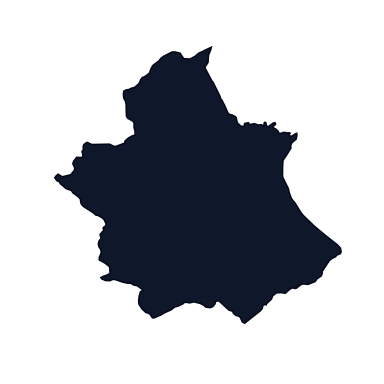 outline of Kindia, Kindia, Guinea, rotated 255°
{"feature_id": "49546643B82751767083924", "entity_name": "Kindia", "entity_type": "district", "adm_level": 2, "iso_a3": "GIN", "parent_name": "Guinea", "parent_adm1": "Kindia", "projection": "orthographic", "projection_center": [-12.699, 10.108], "detail": "fine", "context": "isolated", "style": "filled", "palette": "ink", "viewbox_px": 384, "rotation_deg": 255, "n_neighbors": 0, "source": "geoboundaries", "source_scale": "gbopen_adm2", "svg_char_len": 3378}
<svg xmlns="http://www.w3.org/2000/svg" viewBox="0 0 384 384"><g transform="rotate(255 192 192)"><path d="M94.1,319.4L95.5,320.5L99.3,320.9L103.5,318.7L115.2,309.9L127.6,301.2L140.4,293.5L144.0,291.9L154.9,288.6L159.5,286.5L165.1,285.8L170.8,285.9L181.9,283.6L184.0,283.6L193.7,286.3L199.0,288.1L202.7,292.4L208.7,298.8L211.8,299.6L213.6,301.1L216.2,306.4L219.8,308.1L221.6,308.4L221.6,307.9L221.6,307.5L221.1,305.9L220.2,302.9L220.6,301.4L221.3,300.8L222.2,300.6L223.3,302.0L224.0,301.5L224.4,299.1L225.5,297.3L225.9,295.7L225.6,293.6L226.2,291.1L228.6,290.9L230.8,289.5L232.6,287.7L233.5,286.7L234.1,286.8L235.3,289.5L236.1,290.3L236.8,290.4L237.6,290.0L237.6,288.9L237.6,288.3L235.5,282.8L236.1,281.5L236.7,281.1L240.0,281.2L240.5,280.5L240.2,279.7L237.8,278.6L237.7,277.9L239.2,276.2L239.5,273.4L241.9,269.9L242.1,265.3L242.9,264.8L244.3,264.5L244.6,260.9L244.1,260.2L243.0,260.0L242.3,259.4L242.1,258.8L242.5,257.7L242.5,256.6L247.0,253.7L252.6,253.9L253.6,253.3L255.8,251.1L257.2,248.4L258.6,247.3L267.8,245.8L269.2,245.5L273.2,244.6L274.5,243.9L277.5,243.8L292.9,240.7L293.4,240.2L298.9,238.9L307.9,236.8L308.9,236.8L310.7,238.2L311.3,239.3L313.2,241.1L319.9,243.4L324.8,247.1L325.8,247.6L326.9,248.2L324.3,234.3L322.2,229.8L321.0,224.4L323.0,218.5L329.2,216.4L331.6,212.2L332.4,208.9L330.4,199.5L329.2,196.6L327.2,194.0L324.7,187.6L322.7,185.1L317.7,181.4L315.6,175.9L315.5,173.7L313.5,171.2L311.9,170.2L310.1,168.3L307.8,163.2L308.0,160.6L307.3,157.2L307.7,155.2L307.1,152.2L305.7,151.6L304.2,151.0L300.2,150.4L297.4,151.1L294.0,151.1L282.4,148.3L279.9,148.9L275.3,153.6L272.6,153.7L269.5,152.7L265.8,152.7L262.5,152.0L261.7,151.5L261.7,148.8L260.7,144.7L258.6,140.5L256.7,139.7L255.8,130.5L256.1,128.8L259.6,124.6L263.8,107.6L267.2,103.4L266.2,100.8L265.8,99.8L263.8,98.5L261.4,98.2L259.5,96.2L255.5,96.2L253.7,94.7L255.4,89.6L252.3,85.5L250.1,84.2L246.0,84.9L244.3,84.6L242.6,83.1L241.9,81.6L240.5,80.4L240.1,78.1L240.3,70.6L243.9,67.3L243.0,65.5L242.5,64.5L241.2,63.1L237.9,64.4L236.3,66.4L233.9,67.0L231.6,68.7L227.9,71.2L224.7,75.9L222.1,76.7L216.5,81.1L213.8,82.4L212.1,82.0L209.1,81.9L208.0,82.4L206.2,83.3L197.3,91.4L194.4,93.3L193.9,94.9L190.2,98.6L187.8,100.0L183.2,100.8L181.2,99.3L181.0,97.8L180.0,96.7L178.4,97.3L176.8,95.2L174.8,92.2L170.7,92.2L169.1,89.8L166.2,88.1L163.2,87.9L159.9,89.0L157.0,88.7L154.5,86.8L152.6,85.4L150.4,84.8L146.2,89.2L142.0,92.4L140.6,93.0L134.7,91.8L133.8,88.6L133.5,84.2L132.9,81.8L131.4,82.4L128.9,85.5L127.5,90.0L128.1,92.1L127.5,94.8L122.7,102.0L120.5,106.3L119.4,110.1L118.5,110.2L116.9,112.2L115.8,114.7L110.7,118.8L109.7,118.7L108.9,117.3L109.2,116.5L105.1,114.0L100.5,112.2L97.5,111.7L92.2,113.4L87.9,116.0L85.2,119.7L80.7,121.2L80.2,122.9L81.4,130.9L82.4,133.9L83.6,141.4L85.3,145.2L85.5,150.2L86.3,154.2L87.2,155.5L86.9,158.0L85.5,161.0L85.4,165.5L82.2,171.1L79.4,174.2L77.4,175.3L75.6,179.3L75.8,182.2L77.9,185.2L80.2,186.4L80.0,189.7L68.2,197.2L66.4,200.3L64.2,200.6L61.3,202.5L60.2,204.8L58.4,206.2L53.3,207.0L51.6,208.9L54.3,215.1L57.1,221.6L59.6,227.4L61.4,229.8L64.6,231.5L63.9,234.6L64.6,234.7L67.8,240.8L70.9,243.3L72.7,247.6L71.7,252.2L70.0,255.8L72.9,261.6L73.4,264.4L72.1,266.5L72.1,268.1L74.0,272.4L74.6,274.9L72.7,280.2L73.6,287.7L75.8,290.4L77.5,295.2L80.2,297.0L81.4,297.0L90.2,306.9L91.6,310.2L92.3,313.9L93.5,315.4L94.1,319.3L94.1,319.4Z" fill="#0f172a" stroke="#020617" stroke-width="1.5"/></g></svg>